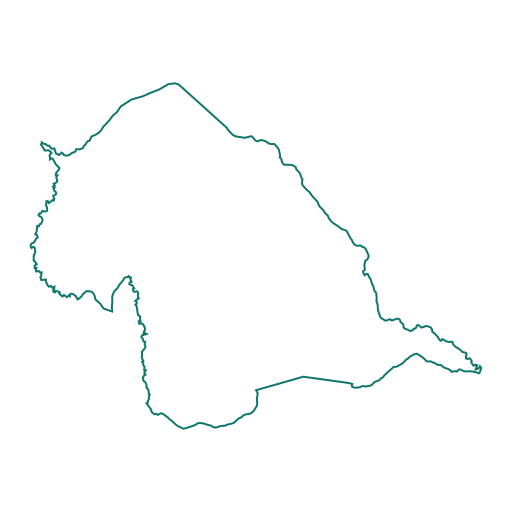 the district of Bom Jesus do Araguaia, Mato Grosso, Brazil
{"feature_id": "56859067B58410572569646", "entity_name": "Bom Jesus do Araguaia", "entity_type": "district", "adm_level": 2, "iso_a3": "BRA", "parent_name": "Brazil", "parent_adm1": "Mato Grosso", "projection": "natural_earth1", "projection_center": [-51.737, -12.202], "detail": "fine", "context": "isolated", "style": "outline", "palette": "teal", "viewbox_px": 512, "rotation_deg": 0, "n_neighbors": 0, "source": "geoboundaries", "source_scale": "gbopen_adm2", "svg_char_len": 5966}
<svg xmlns="http://www.w3.org/2000/svg" viewBox="0 0 512 512"><path d="M54.3,148.4L52.4,148.8L51.2,148.4L49.3,145.8L47.0,145.5L45.5,144.0L43.4,143.8L41.8,142.3L41.1,144.7L44.8,150.5L48.5,150.3L50.2,151.4L51.5,152.9L50.1,154.2L49.5,155.8L50.1,157.6L50.0,159.3L51.3,158.4L52.9,158.9L55.7,164.2L59.5,168.1L58.7,169.8L56.2,172.8L55.8,175.0L57.5,175.3L56.2,177.3L57.2,179.8L57.0,181.9L55.1,183.2L53.7,183.8L54.7,185.4L53.1,186.5L54.7,187.5L53.5,188.4L54.5,191.0L55.6,191.7L56.3,193.7L55.3,194.9L53.3,195.6L53.5,197.4L54.4,198.6L53.6,200.7L52.4,200.1L50.4,202.0L48.8,203.0L47.7,200.9L46.3,201.3L46.4,203.6L45.8,205.0L47.0,207.3L47.2,209.4L46.9,211.0L45.5,211.5L43.9,211.4L42.4,210.9L40.9,213.4L39.5,213.4L38.5,214.9L39.2,216.1L41.0,216.8L42.3,218.6L42.5,220.5L41.1,223.8L39.8,224.2L38.8,226.3L37.2,226.0L36.7,231.3L35.3,234.2L37.0,235.1L37.7,237.4L36.2,238.7L34.1,242.3L31.8,243.4L30.7,245.0L30.7,246.8L31.5,248.0L33.2,246.8L34.7,247.7L35.3,252.1L33.7,255.8L33.7,260.7L34.8,261.5L36.8,264.2L34.7,265.5L34.7,268.0L36.4,267.9L35.8,269.9L36.2,271.5L38.8,271.0L40.1,272.5L41.7,272.4L41.3,273.8L41.3,275.7L40.4,277.1L41.4,280.1L45.8,279.5L45.9,281.2L47.3,284.9L49.1,286.8L51.0,285.9L52.4,287.7L54.4,286.7L54.2,288.9L53.2,290.0L53.4,291.7L54.8,292.4L55.5,290.9L58.6,291.7L59.8,292.4L59.3,293.7L62.4,296.5L64.0,295.0L67.0,297.2L68.5,295.7L69.9,296.3L69.9,294.4L71.2,293.7L73.1,294.1L76.2,296.5L76.9,298.5L77.9,299.4L81.1,296.9L82.8,294.3L86.6,291.1L91.3,291.6L92.7,292.7L93.8,294.1L94.6,295.8L95.3,299.0L96.1,300.1L100.2,303.6L103.5,308.5L112.2,311.5L112.2,309.2L111.8,307.8L112.3,302.3L112.2,297.1L112.8,294.3L114.5,291.1L117.8,287.7L119.1,285.1L123.0,280.5L124.2,278.3L125.4,277.3L127.8,277.1L128.7,276.1L129.6,277.5L131.0,277.5L130.4,279.7L131.6,281.8L129.6,282.7L129.3,284.1L130.6,284.9L132.3,285.3L134.2,288.5L132.8,289.3L133.6,291.6L135.3,291.7L137.0,291.3L138.3,293.1L137.9,294.7L138.0,297.3L138.8,298.4L137.0,299.4L135.3,300.9L136.5,301.5L136.7,303.5L135.4,304.7L136.5,305.8L138.0,315.0L139.3,315.7L140.3,316.8L139.9,318.3L140.5,321.3L138.8,321.2L139.2,323.7L142.3,323.5L143.7,325.3L145.0,328.2L144.9,330.0L143.9,331.8L144.8,332.9L146.6,334.0L144.8,334.6L143.5,333.8L143.1,335.2L141.8,335.7L141.3,337.2L142.5,338.3L143.6,341.5L145.2,341.8L144.6,344.2L145.5,346.7L144.8,348.3L142.1,351.5L141.9,353.3L142.2,355.4L141.7,357.4L143.3,361.1L142.1,361.9L143.3,363.3L143.3,365.3L144.6,366.9L144.2,370.1L145.8,370.2L144.8,371.9L144.3,373.5L145.5,374.7L144.0,375.7L142.8,377.7L143.4,380.7L144.9,381.8L146.0,383.4L146.6,385.2L146.4,387.8L147.7,388.7L148.6,390.5L148.8,393.6L149.8,394.6L148.8,396.2L149.2,398.0L147.9,401.1L147.7,402.6L146.5,403.2L151.0,409.5L151.6,411.9L154.4,414.3L156.3,413.8L157.8,414.9L160.9,413.2L163.1,414.0L167.6,417.3L170.2,419.8L171.8,420.7L174.2,423.2L177.7,426.0L183.4,428.7L186.7,427.9L195.3,425.0L197.5,423.3L200.3,423.0L204.2,423.6L206.8,424.6L211.3,425.7L212.7,426.8L214.7,427.5L216.9,427.4L220.6,426.0L225.0,425.7L227.3,424.6L231.0,423.8L233.8,422.9L236.9,420.0L239.2,418.2L241.1,417.5L243.2,415.5L245.1,414.6L249.5,413.8L250.9,413.2L253.4,411.3L256.8,406.0L257.3,403.7L256.9,401.4L256.9,398.1L257.8,393.6L256.1,390.2L303.3,376.7L348.8,383.0L352.3,384.0L351.9,386.5L353.4,387.3L355.3,387.7L357.0,387.7L359.9,387.2L362.5,386.0L365.6,386.5L368.9,385.9L371.1,385.4L372.9,383.8L374.4,382.1L379.5,380.1L381.0,378.3L382.3,377.8L384.4,375.4L387.8,372.0L392.4,368.2L393.3,367.1L396.8,366.6L400.9,364.3L402.8,363.1L405.9,359.9L408.5,358.1L410.0,356.6L414.1,354.3L416.8,353.7L419.8,355.4L423.7,358.2L426.7,361.4L430.8,361.4L432.5,362.4L433.8,362.6L435.3,363.3L436.8,364.6L441.0,365.1L444.2,367.7L448.4,369.1L450.3,370.2L451.4,371.8L455.0,371.2L457.1,371.5L458.3,370.0L459.6,369.3L464.0,371.2L466.1,371.5L470.5,371.2L476.5,372.3L477.9,373.1L479.2,373.2L479.9,372.0L481.3,368.0L479.9,366.2L479.1,367.8L477.6,368.9L475.7,369.4L477.1,365.2L475.4,364.7L473.6,365.7L471.3,362.6L471.7,361.1L470.6,359.3L469.3,358.2L467.7,359.0L466.0,358.4L466.0,356.0L466.6,354.7L466.0,352.9L462.2,351.9L460.0,349.6L455.0,346.4L452.7,343.6L452.6,342.0L451.2,341.6L449.5,342.0L448.0,341.8L445.7,341.1L443.8,339.7L442.3,339.2L441.0,340.8L439.3,339.7L438.2,337.5L436.5,335.4L433.7,332.7L432.3,331.8L432.1,329.5L430.4,327.2L426.3,325.9L422.4,327.4L421.0,327.4L419.8,326.0L418.0,325.0L416.7,325.7L416.3,327.5L415.2,328.6L413.9,328.6L412.5,330.4L410.1,331.0L408.5,330.0L404.6,328.6L403.5,327.1L403.4,324.9L402.1,323.2L400.5,322.0L400.1,320.2L399.0,319.0L397.3,318.6L391.8,320.5L390.0,319.2L385.7,320.7L384.5,320.2L380.5,317.5L377.9,309.9L377.7,305.0L376.4,300.7L376.7,298.1L376.2,293.4L375.6,292.0L374.2,290.5L373.5,286.7L371.8,283.3L370.8,279.6L368.7,276.2L368.0,274.2L366.0,273.9L364.7,275.3L363.3,273.0L363.0,271.3L364.4,270.5L364.9,269.1L364.3,265.3L365.3,260.7L366.6,260.0L367.7,258.9L368.6,256.7L368.5,255.0L365.6,248.7L364.2,247.5L362.0,246.7L360.6,245.5L357.1,245.8L354.4,244.5L353.3,243.1L351.9,240.2L350.2,237.8L347.1,231.8L346.0,230.5L341.2,228.8L338.8,226.8L331.8,222.0L328.9,218.4L327.8,215.6L324.6,212.6L323.5,210.4L319.5,206.3L318.7,205.1L317.9,202.5L317.0,201.2L312.8,196.7L309.5,192.1L306.2,189.3L302.4,185.0L302.0,182.0L302.5,179.4L301.3,177.3L300.0,173.3L296.3,169.3L295.7,167.1L292.8,165.3L289.8,164.8L284.0,164.7L282.6,163.0L281.7,161.2L281.5,159.2L279.9,157.5L280.1,155.4L279.1,150.5L278.3,148.6L276.5,146.2L274.3,144.0L271.3,144.1L269.1,143.6L265.6,141.2L261.8,140.1L260.5,140.2L257.3,141.3L256.1,140.8L254.7,139.7L252.8,137.3L251.3,136.2L244.7,137.8L235.8,136.4L232.9,135.0L227.8,129.7L227.0,128.0L178.7,84.5L175.0,83.3L168.3,84.2L158.9,89.6L150.6,92.8L142.8,96.3L131.5,99.5L120.8,106.4L116.5,112.7L112.9,115.5L109.1,120.6L103.2,126.9L101.0,130.5L98.7,132.8L94.5,135.3L92.4,136.0L91.3,137.0L89.6,140.7L87.8,141.2L86.7,142.4L86.0,143.9L83.8,146.2L82.8,148.3L78.9,149.4L76.4,149.1L75.3,151.6L71.8,153.1L68.8,155.2L66.1,155.6L63.9,155.0L63.2,153.7L61.6,152.7L60.2,154.1L58.6,155.0L57.5,154.0L56.0,153.6L54.3,148.4Z" fill="none" stroke="#0f766e" stroke-width="2"/></svg>